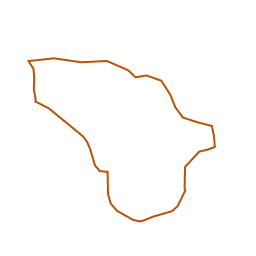 María Trinidad Sánchez, Albers equal-area conic projection, rotated 163°
{"feature_id": "DOM-1982", "entity_name": "María Trinidad Sánchez", "entity_type": "Province", "adm_level": 1, "iso_a3": "DOM", "parent_name": "Dominican Republic", "parent_adm1": "", "projection": "albers", "projection_center": [-69.986, 19.439], "detail": "fine", "context": "isolated", "style": "outline", "palette": "amber", "viewbox_px": 256, "rotation_deg": 163, "n_neighbors": 0, "source": "natural_earth", "source_scale": "10m", "svg_char_len": 636}
<svg xmlns="http://www.w3.org/2000/svg" viewBox="0 0 256 256"><g transform="rotate(163 128 128)"><path d="M91.3,51.7L103.3,38.8L110.2,35.6L130.4,35.9L140.2,34.9L144.7,35.5L150.2,38.8L162.7,52.0L166.6,60.9L166.4,70.7L160.4,92.0L167.7,95.1L170.5,101.9L170.4,119.5L171.3,127.2L173.6,133.3L197.9,169.8L208.8,180.4L208.0,182.4L206.7,192.8L203.3,202.4L201.1,212.0L203.5,221.1L178.2,216.2L153.7,204.6L128.7,198.3L111.0,183.2L106.0,174.3L94.9,172.8L82.3,163.5L77.8,147.3L76.7,134.0L72.4,121.8L60.1,113.3L47.2,105.4L48.3,94.4L50.5,84.5L58.2,84.0L66.7,84.6L84.8,74.1L91.5,54.0L91.3,51.7Z" fill="none" stroke="#b45309" stroke-width="2"/></g></svg>